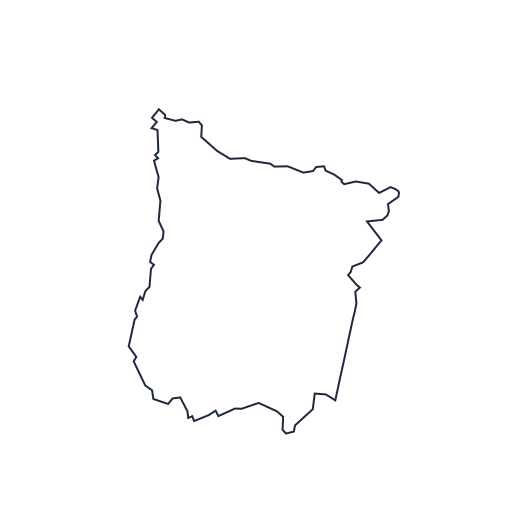 outline of Berkeley, South Carolina, United States of America, rotated 244°
{"feature_id": "52423323B42356104193293", "entity_name": "Berkeley", "entity_type": "district", "adm_level": 2, "iso_a3": "USA", "parent_name": "United States of America", "parent_adm1": "South Carolina", "projection": "mercator", "projection_center": [-79.914, 33.162], "detail": "fine", "context": "isolated", "style": "outline", "palette": "slate", "viewbox_px": 512, "rotation_deg": 244, "n_neighbors": 0, "source": "geoboundaries", "source_scale": "gbopen_adm2", "svg_char_len": 1561}
<svg xmlns="http://www.w3.org/2000/svg" viewBox="0 0 512 512"><g transform="rotate(244 256 256)"><path d="M430.4,233.0L425.8,223.1L420.0,225.6L416.7,218.2L412.4,222.7L392.4,213.9L391.1,209.5L386.8,210.8L386.4,206.1L369.5,203.0L360.2,196.8L347.5,194.3L342.6,191.3L330.2,183.9L318.6,183.7L312.4,179.8L310.5,174.3L302.7,162.5L297.1,158.2L292.8,160.4L290.5,156.0L274.9,146.7L272.8,141.0L266.2,134.9L270.1,134.0L259.9,123.4L253.7,122.5L252.0,119.0L230.6,102.0L217.8,104.2L214.9,99.9L188.2,99.7L180.8,103.7L172.5,101.1L161.6,112.1L164.5,118.7L162.1,125.9L146.5,126.3L140.2,124.1L139.9,128.5L134.8,128.0L133.7,143.7L134.7,151.9L128.6,152.0L128.1,170.1L125.0,176.2L122.8,193.9L107.3,206.7L99.6,209.9L88.2,203.7L83.3,205.1L81.6,213.0L86.7,216.9L93.4,239.9L106.6,248.5L101.0,258.1L91.5,264.0L109.0,277.7L123.7,289.4L149.7,309.8L156.9,315.5L162.6,320.3L169.2,325.4L180.3,329.6L182.1,335.5L186.3,333.7L198.4,330.4L200.2,334.2L204.3,338.0L203.4,348.5L203.8,350.6L205.6,354.6L206.6,357.0L210.6,365.8L210.7,366.0L213.0,371.0L215.0,375.6L221.7,374.3L225.0,373.6L238.4,370.9L233.0,385.6L234.9,392.0L237.9,395.0L244.8,397.4L246.8,410.0L250.3,412.3L252.2,412.3L255.3,410.4L258.9,407.1L258.7,394.3L271.5,389.2L279.2,378.4L281.9,366.7L285.3,365.4L286.5,366.5L294.9,362.0L302.2,356.0L306.8,356.5L309.6,349.1L307.4,344.4L310.1,335.3L322.8,323.7L328.3,311.7L332.7,309.3L343.6,293.4L348.9,288.8L354.7,275.3L367.3,267.2L387.0,259.0L397.1,264.6L401.8,263.4L405.2,254.5L411.2,249.4L412.8,242.9L420.1,234.4L422.5,236.2L430.4,233.0Z" fill="none" stroke="#1e293b" stroke-width="2"/></g></svg>